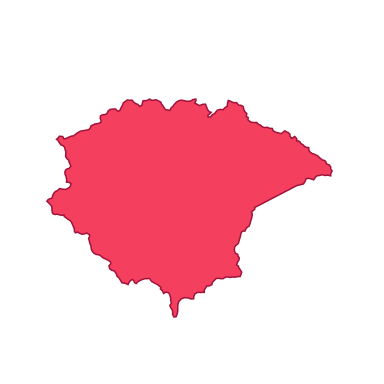 the district of Sete Barras, São Paulo, Brazil, rotated 248°
{"feature_id": "56859067B13944470581670", "entity_name": "Sete Barras", "entity_type": "district", "adm_level": 2, "iso_a3": "BRA", "parent_name": "Brazil", "parent_adm1": "São Paulo", "projection": "mercator", "projection_center": [-47.936, -24.296], "detail": "fine", "context": "isolated", "style": "filled", "palette": "rose", "viewbox_px": 384, "rotation_deg": 248, "n_neighbors": 0, "source": "geoboundaries", "source_scale": "gbopen_adm2", "svg_char_len": 4486}
<svg xmlns="http://www.w3.org/2000/svg" viewBox="0 0 384 384"><g transform="rotate(248 192 192)"><path d="M82.8,128.4L82.4,130.7L84.1,132.2L86.1,133.7L87.7,134.5L89.9,135.4L91.5,136.0L93.1,137.0L95.3,138.6L96.9,142.1L96.9,145.2L95.0,149.2L93.4,150.6L92.3,153.5L94.7,154.7L96.3,156.5L96.9,159.1L96.3,160.9L95.3,163.2L94.4,165.8L96.7,166.9L98.0,168.9L99.3,170.5L98.5,172.6L98.6,175.6L100.6,177.1L101.9,180.1L102.7,182.1L102.0,184.4L100.7,186.4L100.0,188.4L100.4,190.9L100.2,192.9L98.5,195.3L98.0,197.8L96.8,200.2L96.5,202.4L95.6,205.0L97.0,206.3L99.1,208.1L101.7,207.6L104.2,207.1L106.0,207.3L107.7,206.0L110.0,208.1L111.6,210.3L113.5,211.2L115.1,210.6L117.1,211.1L118.7,209.4L121.1,209.2L123.0,209.9L124.7,210.7L125.9,212.3L126.4,214.3L127.2,215.9L129.0,217.3L130.7,218.6L132.6,220.2L134.7,221.5L136.2,222.7L136.7,224.7L135.9,226.4L137.5,228.0L138.6,229.9L139.0,232.3L141.2,234.2L143.1,235.5L144.5,236.8L146.0,237.9L147.8,239.1L149.6,239.8L151.3,239.6L151.8,241.5L152.5,243.8L154.2,244.3L154.4,247.0L154.6,249.1L158.7,291.7L158.2,294.8L157.7,298.4L159.8,301.2L161.6,302.8L161.0,305.1L159.8,307.0L157.7,309.4L159.6,312.2L160.2,313.9L159.6,316.2L159.2,319.2L157.5,321.5L156.7,324.3L155.0,326.6L157.2,327.6L159.0,329.8L161.6,329.2L163.2,330.0L165.6,329.5L167.7,327.2L170.3,327.4L171.8,326.5L172.8,324.9L175.7,323.3L178.9,321.8L181.4,319.4L182.9,317.6L185.3,316.3L187.0,316.0L189.5,316.9L190.5,314.8L192.2,313.4L194.0,312.7L196.2,311.1L198.1,310.9L199.5,309.8L200.3,308.2L202.1,309.1L205.0,308.1L204.3,304.6L206.9,303.8L209.1,304.4L210.8,303.6L212.5,302.0L214.0,301.0L213.3,298.9L212.7,296.6L214.8,293.7L216.3,291.8L218.6,290.1L220.8,290.3L222.3,287.4L223.8,286.1L224.6,283.4L226.0,281.7L228.5,280.4L230.0,278.8L232.2,278.1L232.9,276.2L234.5,273.0L236.3,271.7L238.0,270.9L239.9,272.0L241.7,270.6L244.2,272.2L246.0,271.3L248.6,270.9L252.1,271.5L254.2,269.7L255.0,267.8L258.2,266.8L259.1,264.3L260.4,262.8L262.0,261.5L263.3,259.9L261.2,258.3L258.4,256.8L257.6,253.3L256.6,251.8L257.9,249.4L258.4,246.1L256.2,242.2L256.1,239.8L254.7,237.4L255.4,235.1L257.3,235.5L257.7,237.4L258.7,239.6L259.7,238.2L262.9,237.2L266.0,237.4L268.4,237.4L269.3,234.8L269.3,231.4L271.3,229.7L273.3,227.8L275.1,229.9L276.7,230.4L277.4,227.5L276.9,224.9L277.8,221.7L279.5,219.1L281.2,216.5L281.6,213.9L281.1,211.0L279.9,208.5L278.6,206.4L277.8,204.2L275.8,202.1L277.0,200.7L278.0,198.5L280.8,197.6L283.1,197.3L284.8,196.7L286.9,196.8L288.9,195.2L291.0,193.2L291.5,190.6L292.3,188.7L294.0,187.7L293.7,184.2L295.0,181.0L293.6,179.6L291.4,178.4L290.9,175.6L293.6,174.6L295.0,172.9L297.2,171.6L299.6,170.9L300.4,168.5L301.6,166.5L301.0,164.5L300.5,161.9L297.9,159.4L296.1,157.1L294.6,155.6L294.7,153.4L297.5,152.3L298.7,149.5L299.2,146.9L298.6,144.7L297.4,143.4L296.2,141.8L296.6,140.0L297.1,137.9L296.9,135.7L294.8,134.5L292.6,134.5L290.9,133.8L290.5,131.6L291.1,129.0L291.5,127.3L291.1,125.6L291.4,123.5L289.8,122.0L288.5,119.7L288.8,117.9L289.6,114.3L290.2,111.2L289.7,107.6L289.0,105.1L288.4,103.3L289.0,101.0L289.0,98.0L288.8,95.9L289.1,93.2L291.9,92.9L293.4,90.0L292.1,87.8L291.5,86.1L290.1,87.2L288.1,87.3L284.6,88.2L283.4,89.8L280.9,90.6L278.6,90.2L276.8,90.2L274.2,89.1L272.2,88.1L270.0,88.4L267.5,89.6L265.6,89.2L263.0,89.4L261.2,89.3L260.0,87.0L260.2,84.8L259.6,82.8L258.1,81.6L255.7,80.9L254.1,81.1L249.9,80.3L248.1,79.3L247.2,81.4L245.1,82.9L243.5,81.9L242.2,80.2L241.7,76.0L243.3,72.7L244.8,70.6L243.7,67.9L243.7,65.6L242.5,63.1L240.3,61.0L238.8,59.8L239.0,57.6L238.8,55.6L237.8,54.0L234.1,55.7L231.1,56.6L227.6,55.4L225.4,54.7L223.4,55.2L222.3,57.0L222.0,58.7L220.6,60.3L219.1,62.5L218.8,64.6L217.0,64.4L215.2,65.6L213.7,66.4L211.5,68.1L209.5,68.9L206.9,69.0L202.0,69.1L199.9,68.3L197.8,68.6L197.7,71.0L196.1,72.0L194.0,74.3L193.4,77.1L193.3,79.1L190.4,81.1L188.9,80.0L187.4,78.6L185.4,78.5L182.7,78.1L180.0,78.1L176.5,77.2L174.1,77.4L172.0,78.1L170.0,79.8L168.5,82.3L166.7,83.6L164.6,84.6L162.7,86.3L160.8,88.1L158.1,90.2L156.0,89.9L154.6,87.3L151.7,87.0L149.4,88.3L148.1,90.2L145.3,91.1L141.7,91.0L139.9,92.1L137.7,92.5L134.0,93.0L132.5,95.8L130.1,98.0L131.8,99.8L132.9,101.8L133.3,103.8L131.7,104.8L129.5,104.7L128.0,106.0L129.1,108.2L129.5,112.1L129.3,115.6L128.4,118.0L127.9,120.1L125.9,120.6L124.1,121.1L122.3,122.6L119.1,125.3L117.0,126.5L115.4,127.3L113.9,126.4L111.6,127.5L108.5,127.7L109.0,129.9L107.7,132.2L105.9,132.9L103.7,132.7L101.3,132.4L99.4,131.6L96.7,131.3L95.1,128.9L92.4,129.0L90.4,129.5L88.0,129.2L86.1,128.2L82.8,128.4Z" fill="#f43f5e" stroke="#9f1239" stroke-width="1.5"/></g></svg>